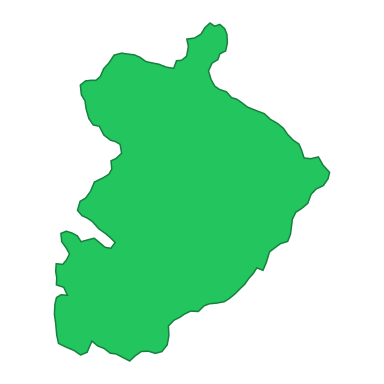 the district of Santana de Cataguases, Minas Gerais, Brazil
{"feature_id": "56859067B5954230458891", "entity_name": "Santana de Cataguases", "entity_type": "district", "adm_level": 2, "iso_a3": "BRA", "parent_name": "Brazil", "parent_adm1": "Minas Gerais", "projection": "equal_earth", "projection_center": [-42.562, -21.278], "detail": "fine", "context": "isolated", "style": "filled", "palette": "green", "viewbox_px": 384, "rotation_deg": 0, "n_neighbors": 0, "source": "geoboundaries", "source_scale": "gbopen_adm2", "svg_char_len": 2042}
<svg xmlns="http://www.w3.org/2000/svg" viewBox="0 0 384 384"><path d="M263.0,270.3L266.4,262.2L269.5,251.9L275.5,247.3L280.4,243.7L287.7,241.4L290.5,234.1L291.3,227.8L292.4,219.1L295.8,212.3L301.6,208.5L307.7,203.4L311.1,194.3L316.2,189.0L323.3,185.6L328.0,178.9L329.6,172.4L323.0,165.1L318.4,156.9L310.9,158.7L304.1,158.0L301.5,150.0L298.9,144.0L293.2,140.2L287.5,134.3L283.5,128.4L277.6,123.5L270.3,119.3L264.4,113.7L258.3,111.4L253.5,109.5L247.4,107.0L241.0,102.1L236.6,99.1L231.6,97.7L226.4,91.8L219.4,89.4L214.7,86.1L211.1,79.6L208.5,70.9L212.1,63.1L217.8,59.7L219.9,53.8L225.6,51.0L227.4,43.0L226.9,34.2L224.6,28.6L219.8,24.4L214.7,26.2L210.0,23.0L204.9,27.7L200.9,34.2L194.6,38.0L186.8,39.1L188.4,46.4L186.6,56.2L181.5,60.3L176.5,60.7L173.7,68.4L166.1,67.1L158.8,64.2L152.9,63.1L145.8,61.5L140.0,57.3L134.2,54.8L127.2,54.0L121.7,53.1L114.1,55.1L108.8,63.1L103.7,68.7L100.3,76.5L96.0,80.3L90.7,80.3L85.5,80.9L80.3,85.1L81.4,94.9L85.0,100.8L86.1,108.9L88.9,118.6L93.3,125.0L99.3,126.2L103.8,135.0L110.5,140.2L115.7,141.7L120.1,144.4L121.6,153.2L116.2,158.4L111.0,160.8L111.8,169.1L108.9,174.2L103.5,177.6L94.4,182.0L90.5,191.4L85.6,198.1L80.1,201.3L77.5,210.3L81.9,215.6L87.1,218.0L92.0,221.2L98.8,228.8L105.3,233.4L110.3,237.6L115.2,242.5L110.8,248.3L105.0,247.3L99.8,242.8L94.2,238.2L87.6,239.9L81.1,241.7L77.3,235.8L72.0,233.0L66.3,231.2L60.9,233.4L61.7,241.7L66.3,248.1L69.5,253.9L66.5,259.9L62.7,264.4L56.2,263.7L55.7,271.4L56.7,277.7L56.4,284.9L63.7,287.3L67.5,295.3L61.2,294.7L56.5,297.5L54.9,304.4L54.4,314.2L55.7,323.7L56.7,334.9L58.5,343.4L65.8,347.0L74.1,350.5L80.6,355.0L87.1,352.3L91.9,341.1L97.8,346.0L104.3,348.5L110.2,353.2L116.2,354.0L122.7,357.4L129.7,361.0L135.2,355.8L141.4,351.5L148.4,351.2L155.4,353.4L161.9,351.6L167.2,344.9L168.9,335.6L168.4,326.0L174.0,320.2L179.6,317.4L184.3,314.2L190.6,311.1L198.3,311.5L204.0,305.9L209.3,303.8L216.8,303.1L224.3,301.7L229.4,298.5L235.2,293.7L240.4,288.4L244.8,284.2L248.8,278.4L253.1,273.7L256.8,267.9L263.0,270.3Z" fill="#22c55e" stroke="#15803d" stroke-width="1.5"/></svg>